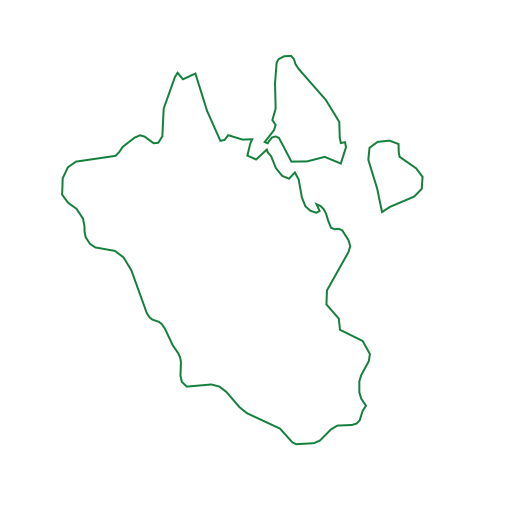 SVG path tracing the border of Carbonia-Iglesias, rotated 169°
{"feature_id": "ITA-5371", "entity_name": "Carbonia-Iglesias", "entity_type": "Province", "adm_level": 1, "iso_a3": "ITA", "parent_name": "Italy", "parent_adm1": "", "projection": "mercator", "projection_center": [8.512, 39.219], "detail": "fine", "context": "isolated", "style": "outline", "palette": "green", "viewbox_px": 512, "rotation_deg": 169, "n_neighbors": 0, "source": "natural_earth", "source_scale": "10m", "svg_char_len": 1960}
<svg xmlns="http://www.w3.org/2000/svg" viewBox="0 0 512 512"><g transform="rotate(169 256 256)"><path d="M298.0,450.8L294.0,443.4L280.7,446.7L276.3,407.6L269.0,375.9L264.7,375.9L260.3,379.9L246.9,372.8L237.5,371.3L240.1,367.6L245.3,356.2L237.5,350.7L225.1,358.4L224.7,355.6L222.1,351.0L219.7,338.5L215.0,329.6L208.8,325.6L201.9,330.6L199.5,323.0L199.8,304.8L198.0,295.3L194.0,290.0L188.5,286.9L185.0,288.1L186.7,295.3L183.2,292.8L180.6,289.1L179.1,284.0L178.5,277.5L177.0,269.4L173.5,267.2L169.5,266.9L166.4,264.6L162.2,253.9L161.6,247.6L164.4,242.3L192.9,208.7L196.1,195.0L186.7,178.8L187.6,167.5L167.5,152.2L162.9,138.0L165.3,131.3L175.3,119.2L178.5,113.2L180.6,102.3L179.9,95.8L176.6,88.0L180.9,83.6L185.5,75.0L189.1,72.4L194.0,71.8L208.4,74.0L215.3,71.6L228.4,62.7L234.9,61.2L252.5,63.6L255.9,66.2L265.4,82.0L294.9,103.4L301.1,110.8L311.0,128.2L316.9,134.8L324.3,138.4L348.9,141.0L352.8,146.6L353.0,152.8L349.9,166.3L349.9,171.3L351.1,175.8L354.8,184.3L359.2,201.8L361.5,207.2L363.9,209.9L369.8,213.3L372.1,215.9L374.1,220.8L381.1,265.8L386.3,279.9L393.5,287.9L412.2,295.1L416.7,299.7L419.6,306.9L419.7,312.3L418.7,317.9L418.7,325.7L423.2,336.6L430.3,344.1L434.6,353.2L430.9,369.2L423.8,378.9L414.7,383.0L374.8,381.1L370.6,384.0L366.1,388.5L352.5,395.4L346.8,396.6L342.6,394.5L334.9,386.2L330.3,385.8L325.1,391.4L318.5,418.3L301.4,447.2L298.0,450.8ZM209.7,363.4L210.9,367.5L213.9,369.6L217.7,369.3L221.4,366.2L222.0,365.5L223.0,364.4L225.7,366.2L214.4,376.0L211.7,380.9L214.0,386.3L208.6,396.9L204.4,421.8L198.9,441.7L196.3,444.9L190.3,446.7L183.4,445.7L181.2,441.9L180.6,436.7L178.5,431.6L157.7,395.9L148.7,371.8L151.2,356.2L151.2,350.7L146.9,350.7L146.9,345.6L155.1,330.6L169.7,340.2L187.8,339.1L203.2,341.9L209.7,363.4ZM123.9,275.1L124.2,299.1L127.4,329.0L123.9,340.6L114.9,344.8L103.0,343.8L94.7,338.7L96.1,330.6L96.1,326.0L82.0,311.4L77.4,301.9L80.5,290.3L89.3,284.2L115.0,278.7L123.9,275.1Z" fill="none" stroke="#15803d" stroke-width="2"/></g></svg>